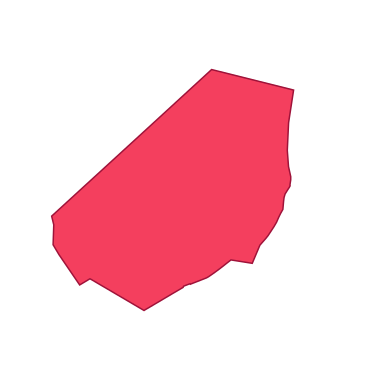 outline of San Francisco Nuxaño, Oaxaca, Mexico, rotated 220°
{"feature_id": "50627088B26154437213444", "entity_name": "San Francisco Nuxaño", "entity_type": "district", "adm_level": 2, "iso_a3": "MEX", "parent_name": "Mexico", "parent_adm1": "Oaxaca", "projection": "equal_earth", "projection_center": [-97.347, 17.362], "detail": "fine", "context": "isolated", "style": "filled", "palette": "rose", "viewbox_px": 384, "rotation_deg": 220, "n_neighbors": 0, "source": "geoboundaries", "source_scale": "gbopen_adm2", "svg_char_len": 783}
<svg xmlns="http://www.w3.org/2000/svg" viewBox="0 0 384 384"><g transform="rotate(220 192 192)"><path d="M264.5,62.3L253.6,58.5L218.3,48.6L214.4,59.9L212.5,60.3L162.7,68.7L152.6,70.4L151.6,73.4L151.3,74.1L142.1,100.3L137.5,113.2L137.7,113.8L137.9,114.3L137.0,116.1L134.8,120.0L134.5,120.5L134.0,120.3L125.7,135.5L124.9,137.6L124.0,140.8L122.7,145.8L121.4,151.2L119.3,161.2L118.5,165.0L100.0,176.1L105.8,194.9L105.6,204.2L105.7,207.6L106.9,217.9L107.8,223.2L109.3,228.3L110.3,232.3L111.2,237.1L115.9,243.8L117.9,246.9L119.4,250.3L120.1,255.2L120.4,257.8L120.8,259.8L121.4,260.2L124.2,264.8L126.2,267.2L128.8,269.2L134.4,273.5L145.8,285.2L162.5,307.1L179.7,335.4L255.7,298.4L266.0,219.7L284.0,83.3L276.8,78.0L264.5,62.3Z" fill="#f43f5e" stroke="#9f1239" stroke-width="1.5"/></g></svg>